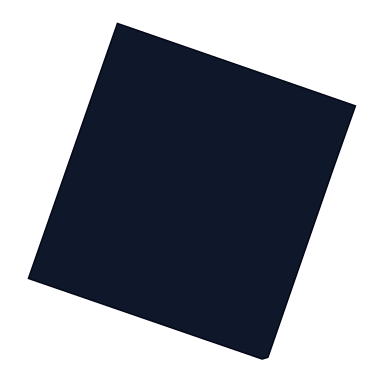 the district of Sanborn, South Dakota, United States of America, rotated 289°
{"feature_id": "52423323B21665292033302", "entity_name": "Sanborn", "entity_type": "district", "adm_level": 2, "iso_a3": "USA", "parent_name": "United States of America", "parent_adm1": "South Dakota", "projection": "equal_earth", "projection_center": [-98.09, 44.023], "detail": "fine", "context": "isolated", "style": "filled", "palette": "ink", "viewbox_px": 384, "rotation_deg": 289, "n_neighbors": 0, "source": "geoboundaries", "source_scale": "gbopen_adm2", "svg_char_len": 272}
<svg xmlns="http://www.w3.org/2000/svg" viewBox="0 0 384 384"><g transform="rotate(289 192 192)"><path d="M261.3,317.9L326.6,318.5L327.1,66.6L324.8,66.6L57.0,65.5L56.9,254.3L56.9,312.7L60.4,317.6L261.3,317.9Z" fill="#0f172a" stroke="#020617" stroke-width="1.5"/></g></svg>